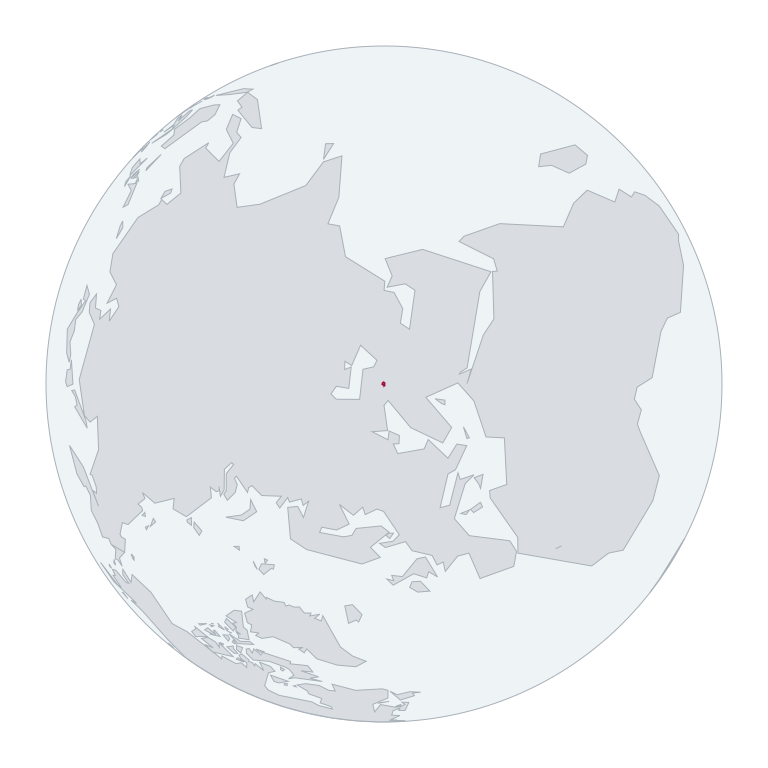 Ararat on an orthographic globe, rotated 221°
{"feature_id": "ARM-1671", "entity_name": "Ararat", "entity_type": "Province", "adm_level": 1, "iso_a3": "ARM", "parent_name": "Armenia", "parent_adm1": "", "projection": "orthographic", "projection_center": [44.713, 39.934], "detail": "fine", "context": "on_globe", "style": "filled", "palette": "rose", "viewbox_px": 768, "rotation_deg": 221, "n_neighbors": 0, "source": "natural_earth", "source_scale": "10m", "svg_char_len": 11277}
<svg xmlns="http://www.w3.org/2000/svg" viewBox="0 0 768 768"><g transform="rotate(221 384 384)"><circle cx="384" cy="384" r="338" fill="#eef3f6" stroke="#a8b0b8"/><path d="M340.2,48.9L347.9,48.0L354.8,47.4L380.2,49.4L417.7,54.3L433.0,54.9L426.9,56.2L458.3,57.7L480.9,63.4L453.2,57.8L448.7,58.1L462.9,61.9L461.3,63.2L467.3,66.0L464.2,67.5L448.3,65.0L445.9,66.2L456.2,68.9L459.5,72.8L444.8,68.4L449.1,74.9L423.2,73.9L386.6,64.2L370.0,67.9L326.2,70.1L327.9,72.4L312.4,75.8L308.7,80.0L301.6,80.0L304.7,83.6L311.9,82.8L315.6,84.3L314.1,87.0L304.8,87.1L304.2,85.8L300.7,87.3L296.7,86.4L297.8,88.4L286.8,88.8L295.3,92.5L284.5,96.3L277.8,95.6L281.8,90.3L276.1,78.0L270.6,77.1L258.8,80.3L229.8,96.8L222.3,98.5L209.8,104.8L212.3,105.8L223.0,101.5L224.7,105.8L237.6,100.8L240.2,102.1L252.1,99.9L246.7,106.3L235.0,114.0L224.8,116.5L219.4,120.3L226.2,123.4L204.4,134.2L185.3,152.8L180.0,155.4L175.0,149.5L182.3,134.9L175.9,130.4L176.3,139.8L163.3,147.6L159.6,151.9L158.1,155.8L161.7,155.6L156.4,160.0L153.9,151.5L158.7,147.3L159.4,149.8L162.8,143.4L161.0,139.1L154.5,144.2L158.7,134.9L154.1,138.6L152.5,139.2L159.5,133.6L147.0,143.9L148.7,141.4L166.5,125.3L185.5,110.5L205.4,97.1L226.3,85.2L247.9,74.7L270.2,65.8L293.1,58.5L316.5,52.9L340.2,48.9ZM46.5,401.1L48.0,417.0L52.8,446.4L55.5,462.3L55.7,464.0L49.6,432.8L46.5,401.1ZM352.2,47.6L358.2,47.1L348.3,48.0L344.3,48.4L352.2,47.6ZM376.9,46.9L371.8,47.2L369.2,46.7L372.9,46.6L376.9,46.9ZM444.3,55.5L436.5,54.0L444.6,55.1L444.3,55.5ZM468.7,66.2L471.4,66.4L473.4,67.9L468.7,66.2ZM254.2,96.7L253.1,98.3L251.5,97.8L254.2,96.7ZM260.4,94.4L259.3,92.8L262.0,91.5L262.7,92.5L260.4,94.4ZM470.4,71.7L472.7,74.5L467.6,71.2L470.4,71.7ZM261.2,96.8L267.1,89.5L272.0,87.4L278.6,89.8L261.2,96.8ZM472.2,75.8L478.0,83.3L484.6,84.0L469.3,86.8L469.5,79.1L462.1,74.7L469.0,76.6L472.2,75.8ZM314.8,81.5L307.1,82.4L315.0,79.3L314.8,81.5ZM318.9,79.3L337.7,69.3L348.3,69.9L339.9,72.8L354.7,72.2L350.7,77.3L341.6,78.8L335.5,77.3L338.6,80.5L318.9,79.3ZM460.0,87.6L459.0,89.3L457.0,87.1L460.0,87.6ZM317.7,84.7L320.6,82.4L330.0,82.6L325.9,87.4L324.2,85.7L317.7,84.7ZM360.6,69.8L366.9,71.2L365.3,75.6L367.5,76.8L351.5,77.5L360.6,69.8ZM321.3,87.0L323.7,89.9L317.8,92.3L315.6,87.0L321.3,87.0ZM334.1,80.8L338.3,81.3L334.6,82.5L334.1,80.8ZM298.4,103.5L301.7,100.2L306.8,99.9L298.4,103.5ZM324.9,90.8L326.9,90.0L329.3,89.6L329.7,92.0L324.9,90.8ZM351.5,80.8L349.5,82.6L358.0,80.7L357.1,84.4L346.6,84.4L350.8,85.9L350.5,87.1L342.2,85.9L351.5,80.8ZM337.2,93.7L323.5,95.6L316.4,101.6L311.6,101.8L323.9,92.3L337.2,93.7ZM340.9,89.1L337.5,91.9L333.2,90.5L332.9,87.8L340.9,89.1ZM360.4,87.0L364.4,81.4L366.5,81.6L360.4,87.0ZM336.0,95.6L339.3,95.1L336.0,96.1L336.0,95.6ZM353.8,89.8L354.9,87.7L357.4,88.0L353.8,89.8ZM345.1,96.2L340.6,96.7L340.2,94.7L345.1,96.2ZM349.8,93.5L352.8,94.4L342.8,93.7L349.9,92.4L349.8,93.5ZM355.9,90.5L357.7,90.0L355.1,91.3L355.9,90.5ZM349.1,103.7L336.5,103.3L335.6,98.7L348.0,99.7L349.1,103.7ZM104.5,472.2L94.5,415.5L103.5,403.9L107.9,382.9L172.0,344.2L182.4,356.0L229.1,367.7L234.4,372.9L225.4,388.7L257.8,422.3L272.3,411.0L305.0,430.2L329.0,433.3L343.7,401.4L304.4,395.6L301.0,378.1L335.2,368.6L370.1,374.3L369.9,367.8L350.7,351.2L361.7,340.2L344.4,344.5L349.3,351.9L338.6,355.2L333.6,348.8L337.6,344.8L328.0,340.5L311.1,361.4L314.2,371.1L287.0,369.9L289.6,386.4L281.1,391.8L273.8,366.2L276.7,358.1L260.5,327.4L254.9,335.6L269.9,365.5L263.9,361.9L256.5,374.6L257.4,362.1L242.6,328.5L220.1,325.5L186.2,348.2L174.2,344.6L166.4,331.5L183.9,300.2L208.9,312.1L215.5,302.4L214.8,282.8L222.5,288.5L225.3,282.3L235.2,286.2L253.5,276.6L264.3,279.2L275.7,261.5L282.8,260.8L274.0,271.2L273.6,280.3L300.8,287.6L307.3,284.9L312.5,273.1L319.3,277.1L320.9,264.9L338.6,263.9L318.4,255.4L324.0,242.7L337.0,235.1L335.2,229.7L314.1,242.2L308.9,248.8L310.3,256.7L293.1,274.9L282.9,275.6L287.1,251.8L273.1,250.7L282.5,233.7L333.8,208.3L353.0,205.8L375.7,227.7L368.8,235.0L357.2,230.4L364.0,246.1L365.4,239.3L371.0,243.0L377.8,232.9L382.2,235.1L381.3,222.0L387.4,223.7L387.8,232.0L403.1,219.6L416.9,220.7L418.2,217.0L415.8,212.6L434.9,217.6L435.0,214.7L428.8,211.8L425.1,204.4L426.0,193.4L432.6,195.7L433.1,200.0L444.2,212.9L444.7,224.6L447.5,224.6L448.6,215.0L435.1,199.1L433.8,191.9L441.3,198.4L438.4,195.5L439.9,192.7L447.4,192.3L439.6,184.9L446.1,154.2L461.3,151.4L467.3,160.0L478.7,143.7L495.0,143.6L489.2,140.7L490.9,132.1L485.8,131.9L483.1,130.0L485.0,110.0L490.5,107.7L484.7,97.5L481.8,96.3L477.4,97.2L469.3,86.8L484.6,84.0L490.5,86.8L496.0,83.9L508.8,91.2L521.8,96.5L532.6,107.4L542.0,111.3L543.1,109.8L556.7,114.7L581.0,131.3L556.7,124.3L519.2,104.4L534.1,112.6L529.3,113.0L533.8,117.6L544.4,123.7L546.5,122.9L556.4,147.3L579.1,171.5L580.9,162.4L589.5,163.7L617.0,187.5L641.7,239.1L653.5,244.7L659.2,252.5L660.0,263.3L651.7,252.1L645.9,253.7L641.1,246.3L639.6,261.2L632.6,251.2L634.8,268.4L642.1,273.3L646.0,263.3L651.0,283.4L664.4,288.8L674.1,304.5L678.9,348.2L671.6,371.4L672.8,377.5L665.7,377.1L662.6,394.9L681.0,414.3L682.7,423.1L674.6,451.0L673.3,445.0L654.5,443.8L655.6,466.7L670.0,472.7L675.1,488.2L666.0,490.5L660.3,477.3L653.6,476.3L652.1,457.4L640.3,435.0L630.9,447.9L628.5,436.5L610.8,420.9L595.5,438.4L573.2,482.6L575.4,511.9L565.4,528.6L540.6,495.3L531.4,468.1L521.2,474.2L496.6,454.8L450.8,462.1L445.4,454.7L436.5,459.7L419.4,453.3L411.5,440.6L400.7,442.1L422.1,475.1L433.8,473.5L445.1,459.1L448.8,471.0L465.4,479.4L443.2,510.9L376.9,538.9L372.4,516.8L331.8,450.6L334.1,443.3L334.0,442.4L333.6,440.9L328.0,452.5L321.6,438.8L341.2,486.2L343.7,505.2L376.0,540.2L372.5,543.5L383.4,550.4L420.8,540.8L420.6,548.0L401.8,581.0L351.7,620.3L359.5,644.9L357.8,663.6L329.2,672.8L334.4,685.3L320.0,687.5L320.9,693.5L310.8,697.6L293.0,698.9L259.9,690.3L255.7,685.3L235.8,670.1L207.3,632.5L213.4,619.7L209.5,605.5L185.8,564.7L190.9,547.7L185.1,536.8L172.8,533.3L166.4,519.9L159.1,515.9L116.0,495.4L104.5,472.2ZM146.4,372.3L143.8,378.3L146.4,372.3ZM404.9,397.3L427.1,397.9L420.5,376.8L428.4,375.5L423.2,369.1L419.9,375.3L407.7,357.6L418.5,351.0L417.5,341.7L410.0,341.2L392.3,356.4L409.5,381.3L403.0,390.2L404.9,397.3ZM163.4,148.0L163.5,148.9L161.0,153.2L160.1,152.2L163.4,148.0ZM162.6,168.7L154.2,175.4L159.6,169.5L156.6,168.8L164.3,156.2L177.8,156.1L170.3,158.1L162.6,168.7ZM178.3,140.5L171.9,147.8L178.4,139.8L178.3,140.5ZM231.2,247.3L233.1,253.1L227.1,259.0L213.5,257.8L222.0,249.1L231.2,247.3ZM237.1,260.3L245.1,238.2L253.9,238.7L247.6,242.0L252.6,244.6L243.8,250.7L244.4,273.8L239.2,280.6L217.0,273.5L227.1,271.7L224.6,265.7L237.1,260.3ZM250.1,187.7L253.7,180.1L268.0,190.8L263.0,196.8L249.2,195.5L247.0,187.7L250.1,187.7ZM271.7,103.2L272.1,101.0L274.7,100.7L276.4,102.4L271.7,103.2ZM299.5,101.9L272.4,113.3L271.5,111.1L256.7,121.4L248.7,119.9L258.5,113.1L241.2,120.1L246.9,113.4L235.4,119.0L258.3,104.0L262.7,98.9L260.8,105.1L268.1,106.5L272.6,105.6L288.6,99.5L301.7,89.9L311.0,90.5L314.1,93.5L312.4,95.8L306.9,94.6L308.5,98.7L299.2,98.7L299.5,101.9ZM345.1,138.3L339.4,134.1L341.1,145.8L331.9,144.5L332.6,145.9L324.5,148.1L316.1,153.6L312.4,152.0L310.7,154.9L305.3,156.7L301.7,160.2L293.8,158.9L288.8,163.2L287.9,160.2L281.4,168.2L282.7,161.7L275.9,164.0L278.2,169.0L244.3,156.9L229.1,158.1L215.6,163.0L219.7,152.2L234.8,141.2L254.5,132.5L268.6,133.4L267.8,128.8L274.4,128.0L272.2,132.0L279.4,125.6L284.2,126.1L301.8,120.6L309.2,111.9L315.8,110.1L315.3,113.8L322.2,109.4L325.7,115.4L330.5,114.3L338.8,119.6L335.0,128.0L340.7,126.3L347.2,130.7L345.1,138.3ZM351.1,105.4L348.7,114.9L342.4,119.1L330.7,108.3L325.8,108.4L318.1,102.5L327.3,96.7L328.7,98.8L332.2,99.7L327.9,101.1L333.9,100.6L336.0,103.7L341.2,104.2L339.0,107.1L351.1,105.4ZM242.6,368.5L247.0,370.8L254.5,372.4L250.0,380.8L242.6,368.5ZM232.0,345.8L236.4,346.1L233.6,358.0L229.0,355.9L232.0,345.8ZM241.1,336.7L236.8,345.2L236.4,339.4L241.1,336.7ZM278.3,271.1L283.2,271.1L282.8,274.1L279.0,277.6L278.3,271.1ZM348.3,175.6L346.0,171.8L348.1,170.7L349.8,161.3L356.8,162.0L358.5,167.9L348.3,175.6ZM335.7,406.4L327.4,411.8L324.4,408.3L327.8,407.1L335.7,406.4ZM285.6,397.2L296.0,403.8L284.3,399.4L285.6,397.2ZM356.2,174.7L356.1,170.7L359.7,173.6L356.2,174.7ZM362.1,162.0L366.6,164.5L357.9,161.0L362.1,162.0ZM416.7,660.3L396.7,689.8L380.4,690.1L376.0,682.3L382.5,664.6L401.1,658.9L409.8,649.5L416.7,660.3ZM704.7,485.1L707.0,480.3L706.7,481.7L704.7,485.1ZM702.5,487.1L705.7,480.8L701.4,490.8L702.5,487.1ZM706.9,478.4L710.1,469.3L711.5,464.4L710.8,467.4L706.9,478.4ZM700.1,491.6L683.8,514.7L676.4,520.5L678.9,514.1L690.9,500.7L700.1,491.6ZM678.3,514.7L666.1,515.6L643.9,496.4L651.9,491.0L674.0,494.8L672.8,499.8L680.3,501.5L678.3,514.7ZM705.0,458.3L703.6,471.0L695.3,483.1L691.1,487.1L688.3,476.4L689.9,466.7L693.6,462.2L703.8,417.8L708.1,417.4L705.9,434.1L709.2,438.7L705.0,458.3ZM577.0,513.9L585.7,527.0L579.8,532.4L577.0,513.9ZM704.8,391.8L702.8,411.0L703.7,388.7L704.8,391.8ZM703.6,373.2L705.2,378.5L702.3,376.1L703.6,373.2ZM675.6,385.8L671.9,392.1L670.3,388.1L674.1,377.7L675.6,385.8ZM681.4,318.1L686.9,330.4L688.1,335.6L683.7,330.6L681.4,318.1ZM416.0,179.7L405.7,191.5L403.0,201.6L408.8,209.3L396.3,204.1L400.5,188.5L416.0,179.7ZM441.7,156.8L436.6,151.0L441.7,150.7L443.5,152.0L441.7,156.8ZM436.7,155.3L425.1,153.6L424.1,148.6L433.4,150.8L436.7,155.3ZM390.5,163.1L386.9,166.4L384.1,163.8L390.5,163.1ZM674.4,556.8L675.6,554.8L678.7,549.4L674.4,556.8ZM710.1,471.7L714.4,454.7L715.5,449.4L710.1,471.7ZM721.1,407.4L721.1,407.0L721.3,404.3L721.1,407.4ZM721.6,399.1L721.0,404.1L721.9,390.3L721.6,399.1ZM718.4,427.2L718.0,430.6L717.5,431.2L718.4,427.2ZM719.3,421.7L720.4,416.1L718.9,425.0L719.3,421.7ZM711.1,437.3L712.1,442.0L715.3,429.6L712.8,442.1L714.0,448.4L712.8,454.6L711.9,447.3L710.0,462.2L708.4,465.4L708.5,456.2L710.6,439.0L712.0,429.9L717.2,413.3L711.1,437.3ZM719.6,413.0L719.1,407.0L719.3,399.8L720.0,401.6L719.6,413.0ZM715.9,393.7L712.5,390.1L710.9,399.2L712.7,374.6L715.9,382.2L715.9,393.7ZM710.7,377.5L709.4,385.9L709.8,372.8L710.7,377.5ZM708.2,384.0L706.4,377.7L708.3,374.7L708.2,384.0ZM711.7,375.2L709.4,362.7L711.6,367.4L711.7,375.2ZM701.6,364.2L708.2,366.8L702.2,373.2L694.9,351.5L696.9,346.3L701.6,364.2ZM668.2,249.4L663.8,244.5L663.7,238.8L666.7,243.7L668.2,249.4ZM659.0,217.7L662.2,235.7L663.9,251.2L666.6,250.9L672.8,263.5L665.2,258.5L659.1,240.2L659.0,230.5L652.6,220.9L648.6,209.7L639.7,200.7L635.9,193.9L643.9,199.3L659.0,217.7ZM635.8,197.2L618.7,179.8L621.4,174.2L625.7,176.7L632.4,186.9L630.6,189.2L635.8,197.2ZM615.4,174.2L613.5,176.5L584.4,160.5L579.0,155.9L602.5,163.9L601.9,166.7L608.6,172.0L615.4,174.2ZM462.7,90.0L459.4,89.4L462.1,88.6L462.7,90.0ZM480.3,130.2L477.2,127.4L480.4,126.2L480.3,130.2ZM470.2,119.4L468.8,122.5L467.6,118.2L470.2,119.4ZM465.9,130.1L466.9,123.3L469.9,131.2L465.9,130.1Z" fill="#d9dde1" stroke="#a8b0b8" stroke-width="1"/><path d="M385.6,385.1L385.3,385.0L385.1,385.2L384.8,385.3L384.6,385.3L384.4,385.3L384.2,385.2L383.9,384.9L383.7,384.8L383.5,384.6L383.4,384.4L383.3,384.2L383.1,384.0L382.9,383.8L382.5,383.5L382.5,383.4L382.4,383.3L382.4,383.1L382.5,383.0L382.5,382.9L382.8,382.8L382.8,382.7L382.9,382.8L382.9,383.0L383.1,383.1L383.3,383.3L383.5,383.2L383.7,382.9L383.8,383.1L384.1,383.1L384.3,383.0L384.7,382.8L384.8,382.8L384.9,382.7L385.1,382.7L385.3,382.6L385.4,382.8L385.4,383.0L385.6,383.6L385.7,383.8L385.7,384.0L385.7,384.3L385.8,384.3L385.7,384.6L385.7,384.8L385.7,385.0L385.6,385.1Z" fill="#f43f5e" stroke="#9f1239" stroke-width="1.5"/></g></svg>